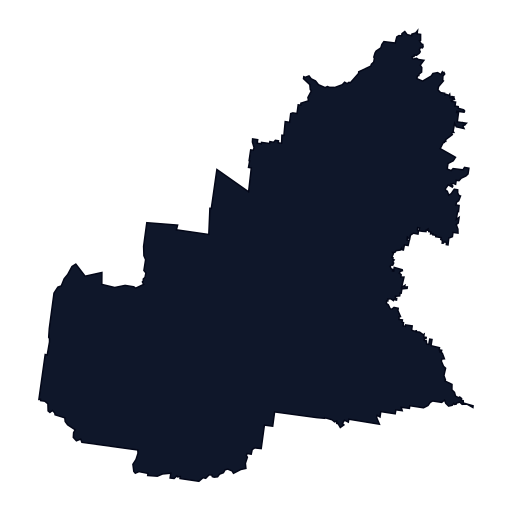 outline of Toowoomba, Queensland, Australia
{"feature_id": "25037944B99590448240631", "entity_name": "Toowoomba", "entity_type": "district", "adm_level": 2, "iso_a3": "AUS", "parent_name": "Australia", "parent_adm1": "Queensland", "projection": "mercator", "projection_center": [151.96, -27.48], "detail": "fine", "context": "isolated", "style": "filled", "palette": "ink", "viewbox_px": 512, "rotation_deg": 0, "n_neighbors": 0, "source": "geoboundaries", "source_scale": "gbopen_adm2", "svg_char_len": 5977}
<svg xmlns="http://www.w3.org/2000/svg" viewBox="0 0 512 512"><path d="M245.9,468.4L245.4,463.3L247.4,457.2L246.3,455.5L247.2,453.5L251.2,454.2L252.2,449.6L254.7,447.9L261.2,448.6L264.4,425.1L272.7,426.2L274.6,411.9L316.7,417.6L324.7,418.3L324.7,417.6L332.1,419.8L334.6,421.9L336.7,421.1L336.7,422.8L337.5,422.7L337.1,423.5L338.2,423.8L340.3,427.5L343.9,424.9L342.4,423.4L344.5,420.2L348.3,422.1L348.8,419.2L379.4,424.2L376.6,417.5L377.2,415.3L380.0,417.0L380.8,411.6L395.2,413.8L395.9,409.8L402.2,410.7L401.2,407.3L409.4,408.4L409.8,405.7L423.5,407.8L428.0,405.5L430.1,402.5L432.6,401.0L441.7,402.4L444.5,400.1L445.8,403.3L448.6,406.1L452.2,405.3L453.8,403.4L454.5,404.4L456.2,404.1L456.5,403.1L459.8,402.1L462.1,404.3L467.1,404.2L472.9,407.5L473.1,405.8L463.3,403.0L463.2,400.7L461.3,400.4L461.6,398.5L459.7,397.0L458.5,397.7L455.5,396.1L454.5,392.4L451.9,389.8L452.0,384.4L445.0,381.0L445.4,379.7L443.9,375.6L445.6,368.2L443.5,366.3L441.3,361.1L441.9,359.0L444.4,358.8L442.3,353.2L439.2,351.5L441.3,351.8L441.7,350.3L439.2,349.8L439.5,347.7L431.0,345.7L432.0,339.5L429.7,339.1L428.8,344.4L426.6,344.0L426.3,340.8L424.2,340.5L424.5,338.2L426.0,338.5L426.2,337.4L423.7,337.0L424.1,334.2L423.3,334.8L419.6,332.1L416.2,331.8L416.3,330.8L414.1,331.2L411.6,330.1L412.2,325.9L405.6,324.9L405.4,326.4L403.1,325.8L403.5,322.6L402.0,322.3L402.4,319.9L399.1,319.5L399.0,317.0L400.5,316.6L397.9,310.6L398.2,308.3L394.0,307.4L392.0,309.1L390.3,309.0L388.3,304.8L386.4,303.5L386.6,300.8L387.8,301.0L388.1,298.9L390.8,298.8L393.3,300.5L393.5,299.6L396.5,300.1L396.7,298.4L395.2,298.2L395.4,296.3L399.7,295.9L400.1,293.0L401.2,293.2L401.9,288.9L407.1,288.4L407.3,286.9L405.3,287.0L404.6,286.5L404.9,285.4L401.6,287.3L404.0,277.1L400.8,277.1L401.2,274.7L399.3,273.1L400.2,271.4L402.4,270.7L402.2,269.7L394.2,267.4L393.7,271.2L392.5,271.0L392.8,269.5L391.0,268.7L390.1,266.3L391.8,264.8L392.7,265.2L393.7,263.0L392.6,262.0L394.1,259.9L392.8,259.4L393.0,257.7L391.8,257.5L393.4,253.5L392.6,252.4L394.9,252.3L396.2,250.6L400.2,250.1L401.6,248.1L401.8,249.7L403.4,250.0L404.4,244.9L408.1,245.5L409.2,240.4L407.1,240.1L407.4,237.1L409.7,239.0L410.4,235.2L413.4,233.2L418.0,234.1L418.5,230.8L417.3,230.1L417.7,227.6L419.6,227.9L419.1,230.8L422.2,231.3L426.0,231.6L426.1,230.1L427.7,229.2L427.3,230.2L429.0,230.5L428.8,231.6L430.9,232.0L430.6,233.9L432.9,233.7L432.8,234.8L435.9,235.3L435.7,236.7L441.1,237.6L440.8,239.5L442.3,240.3L442.2,243.2L443.5,243.1L444.1,241.9L446.5,242.3L446.3,244.6L448.0,244.9L448.8,238.1L452.4,236.7L453.0,232.4L458.0,233.1L457.9,229.1L456.2,224.5L458.2,223.1L459.1,217.4L456.3,219.4L457.6,211.4L458.5,211.6L459.1,205.5L455.9,205.0L456.6,202.1L458.7,200.8L460.5,196.0L459.1,195.6L457.7,193.1L457.7,189.8L454.3,189.2L451.2,193.7L448.7,195.1L447.3,191.2L445.9,190.6L445.3,188.9L448.2,184.8L452.3,187.1L452.8,186.1L451.0,184.0L453.4,183.4L455.6,184.3L456.2,180.3L459.0,180.7L461.2,178.2L465.9,176.0L468.0,174.0L468.9,168.2L464.5,167.4L463.0,169.8L453.1,168.6L451.2,170.6L447.2,169.0L448.0,163.5L453.2,160.8L455.5,157.3L440.2,148.6L443.0,143.0L444.3,142.4L444.2,141.6L445.8,141.4L445.7,139.6L452.3,134.6L451.7,133.6L452.3,132.4L453.8,132.4L453.1,131.2L454.6,123.3L456.3,126.8L464.0,128.5L462.8,125.9L465.0,124.8L464.2,123.4L465.5,124.1L466.4,123.2L457.3,121.9L458.5,112.7L456.6,112.5L456.8,111.2L464.1,112.2L464.6,111.0L463.7,109.8L458.3,108.3L458.2,106.6L455.0,106.1L455.6,102.1L451.7,101.5L451.2,100.6L454.5,99.4L454.2,98.5L451.6,98.4L453.6,97.9L454.0,97.0L451.8,96.5L450.2,97.5L449.7,94.2L448.8,95.4L446.4,94.4L445.1,94.9L444.8,93.3L440.6,92.6L437.9,89.8L438.6,86.5L443.4,80.9L442.7,80.4L442.9,76.1L444.7,74.0L443.9,72.3L442.8,72.7L442.3,71.9L440.8,74.5L437.6,72.6L432.9,73.5L431.3,76.0L422.6,81.1L416.8,78.6L417.5,75.8L418.8,75.6L419.1,74.0L421.6,72.1L421.8,67.6L420.2,65.2L423.9,60.3L418.3,59.5L416.6,58.2L413.3,59.2L412.2,58.1L412.1,56.7L414.0,56.6L414.3,55.0L416.5,55.3L419.4,53.1L420.2,51.8L419.4,49.6L420.5,47.5L422.4,47.9L423.1,46.8L422.8,44.4L421.4,44.0L419.4,40.8L420.6,40.3L420.6,34.4L417.1,33.9L417.5,30.7L415.7,32.9L411.9,34.1L411.7,35.7L407.1,34.6L404.8,31.5L402.0,33.6L401.7,35.8L398.9,35.6L396.8,36.9L395.2,43.0L383.9,41.6L381.9,44.4L380.8,47.9L376.2,51.0L375.1,52.8L373.8,57.1L374.4,58.4L373.7,62.1L371.4,64.2L370.8,66.1L358.7,71.8L358.6,73.4L350.3,82.8L349.0,82.3L347.1,83.6L344.6,82.2L342.3,84.7L335.0,87.4L329.1,87.3L327.5,86.5L325.1,87.6L318.5,84.7L315.5,80.9L311.2,78.8L309.0,75.9L305.3,77.3L303.8,76.7L303.5,78.7L309.8,84.6L310.3,89.6L311.4,90.9L307.9,97.5L308.5,100.8L300.9,103.2L300.8,105.2L298.2,104.8L297.0,113.5L292.8,112.9L290.7,113.6L289.6,122.3L285.2,121.6L283.9,135.4L281.9,135.2L281.6,143.3L278.2,142.8L278.5,140.8L275.4,140.3L273.6,142.3L269.9,141.6L269.6,143.5L261.5,142.4L261.3,143.8L257.2,143.2L257.7,139.7L252.6,138.9L252.4,142.0L254.1,147.8L253.2,150.3L250.7,149.9L249.1,160.7L249.7,160.9L248.5,167.4L251.3,167.9L248.6,191.8L216.9,169.5L211.3,208.5L209.9,208.3L208.8,234.5L176.4,229.8L177.6,225.1L146.8,222.7L143.6,246.3L143.9,255.7L145.6,259.6L143.9,270.5L145.9,272.9L145.0,277.4L143.3,279.0L143.3,280.9L142.4,281.9L143.7,284.4L135.6,288.2L133.8,286.8L125.1,285.4L114.7,287.5L101.8,284.4L101.9,272.5L85.1,276.2L75.8,264.1L72.0,266.5L67.7,274.5L64.2,278.7L61.3,285.9L57.9,287.1L54.0,293.1L49.3,328.3L48.7,337.3L49.5,338.6L49.5,342.0L47.2,355.0L45.2,354.5L38.9,399.4L40.5,399.2L40.6,400.6L44.8,401.2L47.9,403.8L48.1,410.9L49.9,412.4L52.4,410.5L54.7,412.8L55.1,414.8L64.8,417.8L65.2,421.5L67.6,424.8L75.2,429.8L73.6,432.6L73.3,437.4L76.4,440.8L80.7,439.1L81.9,442.3L137.8,450.0L138.0,453.3L136.0,459.5L132.9,464.3L133.8,471.4L135.3,473.2L139.0,471.6L148.0,473.4L147.7,475.5L157.4,476.2L162.5,474.0L170.8,473.2L170.1,478.0L174.1,478.5L176.8,475.9L177.6,476.9L180.3,476.5L180.0,478.5L198.9,481.3L203.0,477.7L205.7,478.3L209.0,474.9L211.9,475.0L212.3,476.6L214.2,477.2L217.6,476.8L219.5,474.2L223.4,472.7L225.1,469.8L227.8,469.1L232.1,471.0L233.5,473.3L240.8,469.5L245.9,468.4Z" fill="#0f172a" stroke="#020617" stroke-width="1.5"/></svg>